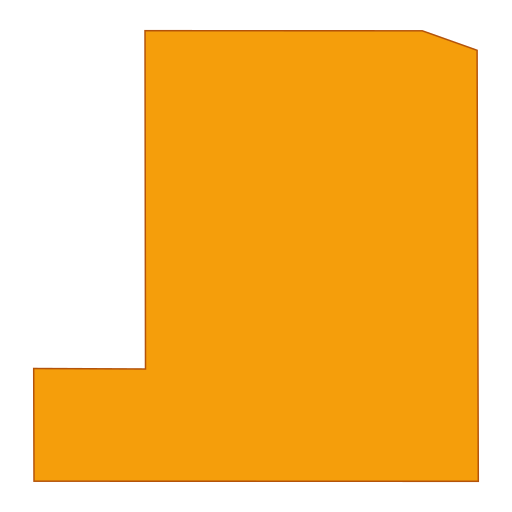 Gosper, Nebraska, United States of America
{"feature_id": "52423323B47226627023047", "entity_name": "Gosper", "entity_type": "district", "adm_level": 2, "iso_a3": "USA", "parent_name": "United States of America", "parent_adm1": "Nebraska", "projection": "mercator", "projection_center": [-99.89, 40.526], "detail": "fine", "context": "isolated", "style": "filled", "palette": "amber", "viewbox_px": 512, "rotation_deg": 0, "n_neighbors": 0, "source": "geoboundaries", "source_scale": "gbopen_adm2", "svg_char_len": 222}
<svg xmlns="http://www.w3.org/2000/svg" viewBox="0 0 512 512"><path d="M145.0,30.7L145.5,369.0L33.7,368.5L34.0,481.2L478.3,481.3L477.1,50.3L422.3,30.8L145.0,30.7Z" fill="#f59e0b" stroke="#b45309" stroke-width="1.5"/></svg>